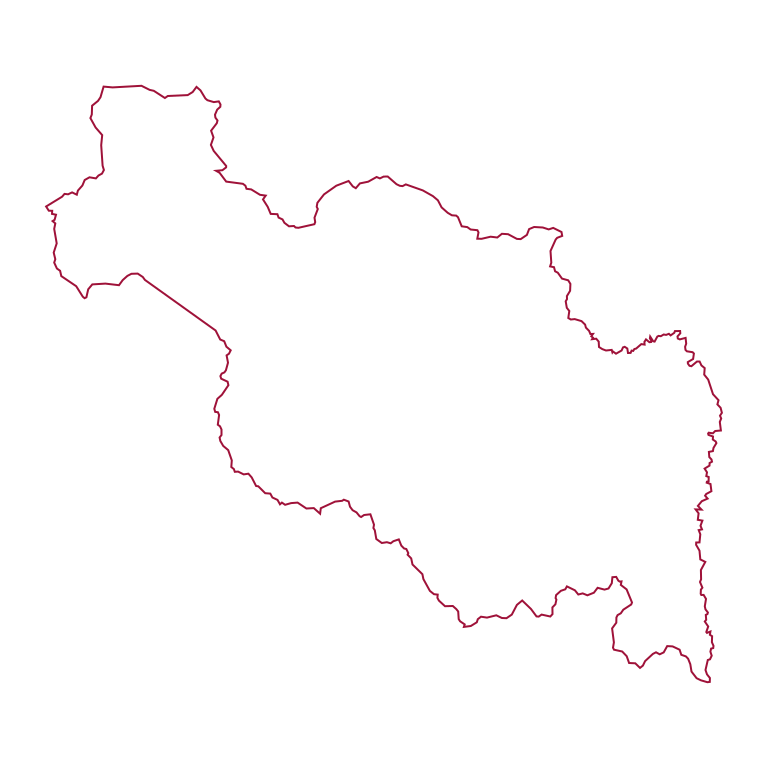 A Luoi, Thừa Thiên - Huế, Vietnam (Mercator projection)
{"feature_id": "81297802B94706269623038", "entity_name": "A Luoi", "entity_type": "district", "adm_level": 2, "iso_a3": "VNM", "parent_name": "Vietnam", "parent_adm1": "Thừa Thiên - Huế", "projection": "mercator", "projection_center": [107.348, 16.232], "detail": "fine", "context": "isolated", "style": "outline", "palette": "rose", "viewbox_px": 768, "rotation_deg": 0, "n_neighbors": 0, "source": "geoboundaries", "source_scale": "gbopen_adm2", "svg_char_len": 6075}
<svg xmlns="http://www.w3.org/2000/svg" viewBox="0 0 768 768"><path d="M196.5,86.9L192.7,92.0L187.7,95.1L167.8,96.0L164.9,98.0L153.8,90.8L149.7,89.9L141.5,85.8L112.6,87.4L103.6,86.6L100.5,97.2L98.0,100.9L92.1,105.7L91.8,114.5L90.4,118.1L95.6,127.5L102.2,135.1L101.2,145.2L102.6,165.7L103.9,170.0L102.0,173.6L98.5,175.5L95.9,178.4L89.5,177.3L84.7,180.0L82.4,185.5L77.9,190.6L76.8,194.7L72.1,192.4L68.1,194.3L64.5,193.9L62.1,196.7L46.1,206.5L48.8,210.7L52.2,210.8L52.0,213.9L56.0,214.7L54.6,219.8L52.6,221.1L55.3,223.4L54.2,228.9L56.7,243.4L53.7,252.6L55.3,259.2L54.2,262.6L56.9,268.5L60.1,270.8L61.3,276.1L76.2,286.2L82.8,296.7L84.6,298.2L86.4,297.3L88.2,289.3L92.3,284.4L105.4,283.6L119.0,285.2L122.7,280.1L127.4,275.9L131.4,273.8L137.7,273.6L142.8,277.0L144.9,279.9L215.6,330.5L220.2,339.5L224.2,341.2L226.4,346.7L230.7,350.3L229.0,353.7L226.6,355.4L228.0,362.7L225.9,370.3L224.4,372.4L221.7,373.6L220.4,376.1L221.2,378.7L227.6,381.7L228.4,385.2L221.9,394.8L217.4,398.8L214.3,408.8L215.2,411.9L217.9,412.2L219.1,415.0L217.8,424.7L220.0,426.3L221.5,429.5L221.5,435.0L219.6,437.5L220.3,440.9L223.2,445.9L228.2,450.1L231.8,460.4L231.3,467.0L233.9,469.1L234.8,471.8L238.1,471.6L243.7,474.4L248.4,473.7L251.7,477.4L256.1,486.0L258.3,486.3L265.2,493.2L270.3,493.6L272.4,497.5L277.5,499.9L280.0,504.3L281.9,502.6L285.1,504.8L291.1,503.1L297.6,502.6L306.4,508.5L313.8,508.1L320.1,513.7L320.8,508.2L335.1,501.6L342.2,500.8L343.8,499.7L348.6,501.5L350.0,506.7L352.6,510.2L356.5,512.4L359.6,516.2L361.1,517.0L364.1,515.0L370.4,514.3L374.0,524.7L373.4,528.0L374.8,530.3L376.3,539.0L381.8,543.0L386.9,542.2L390.7,543.3L393.4,541.2L398.8,539.4L401.3,545.6L404.1,548.5L406.3,549.0L408.3,553.1L407.6,554.7L411.2,558.4L412.5,564.5L422.4,574.2L423.4,579.1L429.9,590.9L434.0,594.2L437.7,594.6L437.4,597.8L438.9,600.6L445.0,606.2L452.8,606.0L456.3,609.1L458.2,611.5L458.7,619.1L460.1,621.3L464.7,624.4L463.9,626.9L470.8,626.0L476.8,622.3L477.8,619.2L481.0,616.7L487.0,617.6L496.3,615.3L501.9,618.0L506.5,618.2L511.8,614.6L516.9,604.9L522.2,600.5L531.0,609.0L536.5,616.4L538.7,616.6L541.6,614.6L550.3,616.5L552.5,614.1L552.4,607.4L555.4,604.3L556.4,599.6L555.6,598.1L556.1,595.1L560.9,590.8L565.3,589.3L566.9,586.4L574.9,590.3L578.3,594.5L582.7,593.4L587.4,595.3L593.9,592.7L597.6,587.8L604.5,589.6L608.5,588.5L611.8,583.2L612.4,577.2L616.2,576.9L618.3,580.6L619.7,581.6L621.5,581.4L620.8,584.9L626.6,589.4L632.0,602.5L631.2,604.5L623.3,609.7L620.8,613.3L617.6,615.1L616.4,617.5L616.3,622.7L612.1,628.4L613.9,642.4L613.0,647.7L614.0,649.7L622.2,651.5L626.7,656.2L629.1,663.0L635.3,663.3L640.0,667.9L642.9,665.6L645.1,661.1L652.9,653.9L656.0,652.3L659.7,654.3L663.7,652.4L667.2,646.1L672.6,646.4L679.6,649.7L681.3,654.8L685.9,656.4L688.1,658.7L690.3,664.2L691.5,671.6L696.6,678.2L700.9,680.3L707.4,682.2L709.8,681.9L709.9,678.0L707.0,674.4L705.5,670.0L707.8,660.0L710.0,659.3L711.7,655.7L710.4,651.7L711.1,648.6L713.2,648.1L713.5,645.9L711.9,642.2L712.1,636.2L709.9,634.8L710.4,631.5L707.0,632.9L706.3,632.0L708.2,626.5L704.8,621.5L706.2,619.8L705.8,614.9L707.4,614.1L707.9,612.5L705.5,609.4L704.8,606.3L706.0,598.9L703.6,594.9L701.3,595.0L700.7,593.8L700.9,589.6L702.4,587.7L700.0,582.0L701.1,579.3L700.9,570.0L705.3,561.9L700.3,559.4L699.5,550.7L696.1,544.8L696.2,542.5L699.5,542.4L700.3,534.3L698.7,530.1L702.0,529.4L700.5,525.8L702.4,520.6L697.8,519.8L698.6,513.3L695.6,509.4L701.5,509.6L697.9,505.9L701.8,501.2L707.6,498.6L705.1,495.7L706.2,494.0L711.4,491.2L710.5,484.0L706.7,482.7L706.9,481.7L708.6,481.3L708.7,477.0L706.3,476.1L707.0,472.3L704.6,468.6L709.5,465.6L709.6,463.0L712.0,461.7L711.5,459.5L709.3,457.1L708.9,451.9L712.9,451.1L713.5,447.9L716.4,443.1L715.7,441.5L712.8,439.5L713.0,436.5L708.5,434.9L708.1,433.6L708.7,432.7L712.9,433.3L715.2,431.0L720.9,430.5L719.8,421.9L721.2,418.5L720.0,415.7L721.9,412.8L720.6,407.8L717.4,404.4L718.5,400.2L713.0,394.2L708.2,379.6L704.2,374.6L704.7,368.1L701.4,365.4L699.6,361.5L697.0,361.5L691.4,366.2L689.5,365.8L687.9,363.6L687.8,362.1L693.1,359.0L693.9,353.5L692.6,352.2L686.9,351.3L685.5,349.9L685.1,346.8L686.2,343.7L685.6,337.9L679.8,339.4L677.8,338.5L677.5,336.4L680.3,333.3L680.1,331.0L674.9,331.1L674.3,332.8L670.6,335.4L668.9,333.8L666.1,334.9L663.7,334.5L660.8,336.2L658.6,335.9L657.3,336.6L654.6,341.6L653.2,341.3L650.2,336.6L649.9,338.4L651.4,340.8L651.1,342.0L649.4,342.2L646.0,339.4L644.4,341.9L644.6,344.6L641.3,344.1L636.1,348.6L634.4,349.0L633.2,350.9L631.6,350.6L630.6,352.9L628.0,353.0L627.3,348.5L624.7,346.8L623.0,347.4L621.6,350.5L616.0,353.7L613.0,351.5L612.4,352.4L611.7,349.9L606.0,350.5L602.3,349.1L599.0,347.0L598.7,341.6L596.2,338.7L592.1,339.2L593.0,337.7L591.3,336.3L593.0,333.9L590.4,334.0L589.1,330.9L585.9,327.6L585.1,324.6L581.5,321.1L574.7,319.1L570.8,319.5L568.3,318.0L569.3,311.0L566.8,307.8L565.7,301.3L567.0,299.1L566.9,296.1L570.1,290.8L570.4,283.9L568.2,280.3L562.0,278.6L557.8,272.7L555.1,271.3L554.0,267.2L550.1,266.4L551.3,262.7L550.5,251.0L555.7,239.5L557.2,237.8L562.2,235.9L561.5,232.0L553.2,227.9L548.7,229.4L542.8,227.5L534.1,227.0L529.1,229.1L526.9,234.9L520.7,239.1L516.9,238.9L508.1,234.2L501.9,233.8L497.3,237.5L490.6,236.7L481.6,238.8L477.3,238.7L478.5,232.4L477.4,230.2L470.6,229.5L467.3,227.1L461.7,226.3L458.0,217.2L456.2,215.6L451.9,215.3L447.7,212.8L441.6,207.4L437.9,200.3L432.9,196.1L422.8,190.4L405.8,184.4L402.6,186.1L399.8,185.8L396.5,184.2L387.7,176.5L383.6,176.6L379.9,178.4L376.6,177.0L368.2,181.7L359.9,183.4L355.8,188.2L352.8,186.4L348.6,181.0L336.3,185.7L324.0,194.4L317.4,202.8L316.7,206.8L317.8,209.0L314.5,217.7L315.2,222.1L314.4,224.2L298.4,227.8L295.5,227.5L294.0,226.0L289.0,226.3L284.4,222.8L282.5,219.4L278.6,217.6L277.4,214.2L270.7,213.9L267.7,206.8L263.0,199.4L265.7,195.6L260.0,194.8L251.2,189.4L246.5,188.8L245.4,185.7L242.9,183.8L226.2,181.6L219.6,172.8L216.1,170.8L222.4,170.2L226.1,167.4L226.2,166.0L213.7,150.9L210.9,144.9L213.5,137.4L211.1,130.7L216.8,123.2L217.5,120.5L215.4,117.6L215.0,114.7L217.2,109.6L220.3,106.8L220.5,104.5L218.8,101.4L213.8,102.1L207.4,100.2L205.4,98.5L200.5,90.4L196.5,86.9Z" fill="none" stroke="#9f1239" stroke-width="2"/></svg>